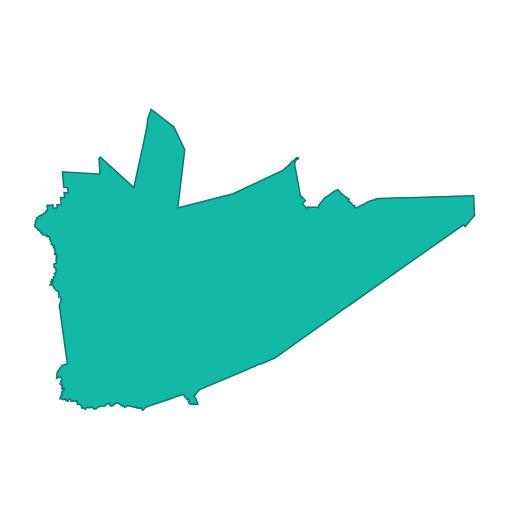 Juan Aldama, Zacatecas, Mexico, rotated 268°
{"feature_id": "50627088B44222614313729", "entity_name": "Juan Aldama", "entity_type": "district", "adm_level": 2, "iso_a3": "MEX", "parent_name": "Mexico", "parent_adm1": "Zacatecas", "projection": "mercator", "projection_center": [-103.312, 24.255], "detail": "fine", "context": "isolated", "style": "filled", "palette": "teal", "viewbox_px": 512, "rotation_deg": 268, "n_neighbors": 0, "source": "geoboundaries", "source_scale": "gbopen_adm2", "svg_char_len": 5819}
<svg xmlns="http://www.w3.org/2000/svg" viewBox="0 0 512 512"><g transform="rotate(268 256 256)"><path d="M105.8,137.7L106.9,138.6L107.7,139.4L108.6,140.6L109.5,142.5L115.8,164.2L118.8,173.1L120.0,178.3L119.9,178.4L119.9,178.8L119.5,179.2L118.5,179.4L116.6,180.8L114.6,182.5L115.6,183.8L112.9,184.5L112.8,184.0L112.1,184.0L112.2,183.5L110.8,184.1L110.6,185.4L110.3,185.4L109.9,185.9L110.3,186.5L109.8,189.8L109.9,190.7L109.8,191.9L109.9,192.8L116.4,190.6L118.2,189.1L119.0,190.0L124.1,194.6L124.3,194.5L143.2,244.3L144.8,247.4L145.5,250.9L147.0,253.2L147.4,254.4L148.0,257.5L148.3,258.5L148.5,258.8L148.9,260.0L152.5,268.8L153.1,270.8L199.8,341.6L209.1,356.2L217.6,368.9L239.1,401.8L279.7,464.1L280.0,464.6L278.1,466.0L289.4,476.2L289.8,475.8L308.7,475.6L308.6,472.8L308.8,467.7L308.7,465.0L308.8,457.3L308.7,447.0L308.9,428.9L308.8,421.0L308.9,413.2L309.1,405.4L309.2,394.9L309.1,392.3L309.2,384.4L309.2,382.0L308.9,379.5L309.2,379.1L309.1,378.5L308.5,376.9L308.1,376.8L307.7,374.7L307.5,374.1L307.0,371.5L305.4,368.1L304.3,366.4L304.1,365.5L303.1,363.6L302.1,361.1L301.2,359.6L300.9,358.4L301.0,356.3L301.3,356.0L302.1,356.3L302.8,356.3L302.8,355.9L303.0,355.7L303.1,354.7L306.3,352.3L307.8,350.1L309.5,351.1L314.0,344.8L319.4,340.2L318.7,338.2L317.4,335.5L316.2,333.7L314.6,331.7L313.0,329.0L311.8,326.8L304.6,320.5L302.2,319.6L302.6,317.6L302.9,314.3L302.7,311.0L303.5,310.0L302.7,309.2L302.0,308.3L306.7,304.2L309.6,307.2L311.4,305.7L314.6,302.9L314.3,302.6L315.6,302.3L334.3,299.6L341.7,298.5L344.4,298.0L346.7,297.8L348.4,298.3L351.7,300.1L351.7,301.0L351.2,300.9L351.3,301.3L352.4,301.8L353.0,300.4L352.8,299.9L352.0,299.0L351.1,298.2L350.4,298.4L350.4,297.6L349.7,296.2L347.0,293.2L346.1,293.3L345.7,291.7L344.7,291.6L344.5,290.5L341.3,286.6L340.5,285.8L340.6,285.7L319.0,235.2L306.8,179.5L364.7,188.5L387.8,178.5L406.2,156.3L397.1,152.7L389.2,151.5L374.7,148.0L328.7,136.3L360.3,103.8L358.7,102.5L343.3,102.9L346.8,65.5L341.7,65.8L331.3,66.2L330.7,70.3L325.5,70.4L326.1,66.4L320.9,66.7L321.3,62.7L314.1,63.1L314.2,58.9L311.1,59.0L310.8,55.0L314.2,54.8L313.9,50.7L313.9,48.9L309.7,49.3L309.2,48.8L307.8,47.3L307.1,47.2L306.8,47.0L306.4,46.4L305.9,45.1L304.6,44.2L304.5,43.8L304.7,43.2L304.7,42.8L304.1,42.2L303.0,40.2L302.1,39.2L302.1,38.4L301.7,38.2L301.0,38.4L299.9,37.7L299.5,37.3L297.8,36.5L297.3,37.1L295.1,36.1L294.6,36.4L293.4,35.8L291.4,37.8L290.8,38.8L289.4,39.1L289.1,40.2L288.2,41.0L286.6,41.8L286.1,42.8L285.8,42.7L284.8,43.5L284.3,44.7L284.5,45.1L284.7,45.8L284.0,47.0L283.7,47.1L283.3,46.9L283.1,47.0L283.2,47.8L283.5,48.4L283.4,48.6L283.2,48.6L282.9,48.4L282.7,48.3L282.6,48.5L282.4,48.8L282.6,49.4L282.5,49.7L282.0,50.4L281.5,50.6L280.4,50.4L279.8,50.9L279.7,51.2L279.4,51.3L278.3,51.0L277.9,51.1L276.9,52.3L276.4,52.3L275.0,51.7L274.7,51.8L274.6,52.1L274.6,52.8L274.3,53.1L274.0,53.2L273.8,53.5L273.8,54.4L273.3,54.8L272.8,54.8L272.6,54.5L272.4,53.8L272.2,53.7L271.4,53.9L271.1,54.2L271.3,54.6L271.2,54.9L269.7,55.5L269.5,55.4L269.5,55.1L267.9,55.4L267.1,55.1L266.9,55.3L266.6,55.9L266.2,55.9L265.8,55.8L265.5,55.9L265.3,55.6L265.2,54.8L265.0,54.7L264.7,54.9L264.5,55.3L264.8,56.2L264.1,56.5L263.5,56.4L263.3,56.9L263.0,57.0L262.4,56.4L261.7,56.6L261.5,56.3L261.3,56.2L260.9,57.0L260.4,56.4L260.2,56.2L259.1,56.2L258.3,55.8L257.0,56.5L256.6,56.5L255.8,56.0L255.4,55.1L255.3,54.1L254.9,53.7L254.3,53.6L253.3,54.0L251.5,53.9L251.2,54.4L251.3,54.7L251.2,55.1L251.0,55.3L250.7,55.5L247.3,55.6L246.6,55.4L246.0,55.0L245.5,53.7L244.8,54.5L244.3,54.7L243.7,54.6L243.2,54.4L242.7,54.0L242.5,53.6L242.5,53.3L242.3,52.8L241.8,52.7L240.8,53.0L240.3,52.8L239.6,52.1L239.5,50.8L239.3,50.5L239.0,50.6L238.7,51.1L238.7,52.1L238.5,52.5L238.2,52.6L237.9,52.5L237.3,51.6L237.1,50.9L237.2,50.1L237.1,49.9L236.8,50.0L236.5,50.4L236.4,51.6L236.2,51.7L235.7,51.3L235.0,49.6L234.5,49.2L234.2,49.1L234.5,50.2L234.0,51.1L233.2,51.7L232.6,52.6L231.1,53.1L230.4,53.5L229.8,54.0L228.5,55.4L227.6,56.8L226.9,57.2L225.9,57.6L223.4,57.7L221.9,57.5L222.2,58.1L221.9,58.9L219.9,59.6L218.3,59.5L213.5,57.7L154.8,63.7L153.4,58.5L152.0,57.2L146.6,53.2L140.7,52.4L142.1,55.3L142.2,55.9L141.3,57.0L139.9,57.7L138.9,57.8L138.2,57.3L137.6,56.5L136.3,57.1L135.6,55.8L134.2,56.1L133.7,56.9L133.9,58.2L132.5,57.7L130.0,57.3L129.2,58.2L129.5,58.9L130.5,59.0L130.6,59.4L130.5,59.8L130.2,59.9L129.0,59.7L128.4,59.4L127.9,58.9L127.5,58.3L127.1,57.3L126.9,57.0L126.6,56.8L125.6,57.1L124.7,57.2L124.5,57.4L124.5,57.7L124.2,57.8L123.7,57.5L123.1,56.4L122.6,56.0L120.7,55.1L120.2,55.1L119.7,57.6L119.2,58.1L119.2,58.6L119.3,58.7L119.2,58.9L119.3,59.0L119.3,59.5L119.7,59.9L119.6,60.8L118.9,60.5L118.6,60.8L118.3,61.7L117.7,61.9L117.5,62.3L117.5,62.8L118.1,63.3L118.3,63.3L119.0,63.8L119.3,64.1L119.6,64.9L119.4,65.5L117.9,65.7L117.2,66.0L117.2,67.0L117.6,67.6L117.4,68.6L117.1,69.7L117.6,70.4L117.8,71.0L117.5,71.5L116.7,71.9L114.6,72.2L113.9,72.5L113.8,73.0L113.8,74.4L113.6,75.2L112.6,76.0L111.9,76.3L111.3,76.3L110.2,76.7L109.9,77.0L109.9,77.3L110.3,78.4L110.1,78.6L109.0,79.5L108.8,79.8L108.9,80.1L110.3,81.6L110.6,82.2L110.6,82.5L110.2,83.7L110.2,85.5L110.8,86.5L110.7,87.2L109.8,87.9L108.7,88.5L109.0,91.1L110.8,93.3L111.4,95.6L111.3,97.5L111.1,99.1L112.8,101.2L113.2,102.1L113.4,102.2L113.5,103.2L114.1,104.0L113.6,104.5L112.8,104.5L111.4,105.1L111.1,105.5L111.2,106.2L111.7,107.3L111.5,108.1L113.2,109.9L113.8,110.2L113.6,112.1L113.8,112.6L113.9,113.7L112.4,114.9L111.2,116.4L110.6,117.6L110.7,118.7L109.3,119.4L110.1,121.0L110.9,121.6L111.1,122.0L111.2,122.3L111.1,122.5L110.5,122.9L110.5,123.2L111.0,124.6L110.2,125.1L110.0,126.1L109.7,126.6L109.5,127.3L109.4,129.0L109.1,129.4L109.0,129.9L109.4,130.8L109.2,131.0L108.6,131.2L108.3,131.6L108.2,132.1L108.4,133.2L107.8,133.6L107.8,134.1L108.2,134.9L108.6,135.3L108.5,135.8L108.3,136.1L107.3,136.1L106.5,136.7L105.8,137.7Z" fill="#14b8a6" stroke="#0f766e" stroke-width="1.5"/></g></svg>